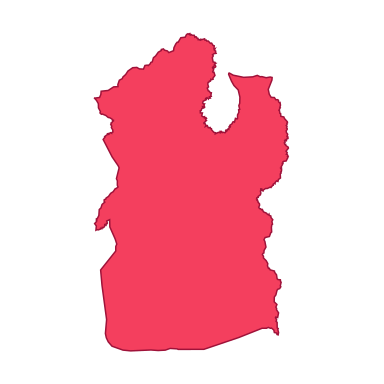 the district of Kranuan, Khon Kaen, Thailand, rotated 353°
{"feature_id": "78962969B2173089266466", "entity_name": "Kranuan", "entity_type": "district", "adm_level": 2, "iso_a3": "THA", "parent_name": "Thailand", "parent_adm1": "Khon Kaen", "projection": "mercator", "projection_center": [103.114, 16.767], "detail": "fine", "context": "isolated", "style": "filled", "palette": "rose", "viewbox_px": 384, "rotation_deg": 353, "n_neighbors": 0, "source": "geoboundaries", "source_scale": "gbopen_adm2", "svg_char_len": 6009}
<svg xmlns="http://www.w3.org/2000/svg" viewBox="0 0 384 384"><g transform="rotate(353 192 192)"><path d="M261.7,327.0L263.2,322.5L261.5,319.1L261.8,317.9L261.2,316.5L262.6,314.0L260.2,311.0L260.9,306.3L262.7,304.4L264.4,299.9L265.5,298.9L267.2,298.6L268.6,296.9L268.2,295.9L269.5,292.4L269.0,292.0L269.0,289.9L266.7,289.4L265.9,288.5L265.8,284.5L264.2,281.7L264.2,280.5L260.1,278.8L259.4,277.1L258.6,277.2L257.9,274.5L258.5,272.3L257.3,269.3L254.9,266.2L255.1,264.5L254.2,262.8L254.9,261.6L255.9,261.3L256.4,258.8L258.7,255.7L258.3,249.9L257.6,248.2L259.0,246.1L263.4,245.6L265.1,242.2L266.2,241.4L266.5,236.8L267.2,234.3L268.0,233.8L267.7,231.0L268.8,229.4L267.3,227.0L267.3,225.4L265.8,224.6L265.7,223.4L265.2,223.9L264.2,223.4L263.4,222.1L260.5,220.4L259.7,217.9L258.8,218.1L258.1,217.0L257.0,216.7L256.4,215.3L257.5,213.3L257.5,211.9L256.3,210.1L256.4,209.1L255.5,208.2L255.9,207.3L255.2,206.8L255.7,205.6L257.1,205.4L257.0,204.5L259.5,203.2L260.2,201.5L260.0,199.4L260.5,199.0L260.6,197.3L261.6,197.4L262.0,199.3L262.7,199.6L263.0,198.2L263.1,198.7L265.4,197.5L267.2,197.7L270.2,196.7L270.9,197.2L273.1,195.0L273.5,195.1L273.7,194.0L274.9,193.5L275.4,193.9L275.7,192.7L277.2,191.3L278.6,192.0L279.3,190.1L281.5,188.9L281.8,184.8L282.7,184.1L282.5,183.0L283.1,182.8L283.7,180.8L282.9,179.2L283.8,179.1L283.6,177.9L285.3,175.6L285.1,174.6L285.8,174.6L285.9,173.2L286.9,172.7L289.2,172.7L291.4,169.4L291.1,168.5L291.8,168.3L291.1,166.3L290.3,166.1L291.3,164.6L290.3,162.9L293.0,160.3L293.0,159.3L290.7,157.2L290.8,156.2L290.0,156.1L289.6,154.5L290.4,154.1L290.2,152.5L291.3,152.6L291.2,151.9L292.0,152.4L292.3,151.0L293.8,150.6L293.9,149.0L293.0,148.7L294.0,146.3L293.0,144.6L292.9,142.8L294.1,141.5L294.2,140.6L293.6,140.1L294.3,138.4L293.6,137.6L294.6,136.4L294.5,135.3L295.2,135.0L295.2,133.9L292.7,130.3L292.3,128.7L289.4,127.7L289.5,124.9L288.8,124.6L288.7,121.6L288.3,121.4L289.8,119.2L289.4,119.0L290.4,116.6L290.3,114.0L289.8,114.2L288.9,113.0L289.0,111.5L288.3,110.8L286.4,110.6L285.3,108.3L282.1,107.7L280.6,104.4L280.2,99.4L285.0,90.6L285.5,88.1L283.6,87.4L279.5,87.6L275.5,86.0L273.7,85.9L271.0,84.2L266.3,85.1L257.3,84.5L247.2,81.1L243.6,78.5L243.0,78.6L242.7,79.7L244.7,86.8L246.6,91.4L250.3,96.3L251.1,103.7L250.2,109.7L249.0,112.0L249.4,115.8L248.3,116.0L248.3,118.5L246.6,121.0L246.1,124.7L245.5,125.0L244.1,124.2L242.7,127.8L242.1,127.3L241.0,127.5L240.0,129.2L237.7,130.4L238.0,131.5L237.0,131.6L237.5,132.5L236.2,133.1L236.1,134.4L235.1,134.0L233.9,135.8L233.5,135.6L233.9,134.7L233.3,134.6L232.8,135.4L233.4,135.9L232.0,137.2L229.9,136.4L229.3,136.7L228.6,135.6L227.7,136.6L227.3,135.9L227.8,135.4L227.3,135.2L226.7,136.4L225.4,136.0L222.2,137.1L222.5,136.0L220.9,135.4L219.0,132.6L219.0,131.5L218.0,131.2L217.9,130.2L216.0,130.2L215.3,128.0L213.3,128.6L214.0,127.4L213.2,125.5L212.3,125.5L212.2,124.9L215.0,122.8L214.4,122.4L214.5,121.4L215.4,120.8L214.9,119.9L213.4,120.0L213.6,118.7L212.3,118.8L210.9,117.6L212.0,114.8L209.9,114.5L210.1,112.3L211.0,112.3L211.9,110.4L212.8,110.1L212.8,108.5L213.8,108.9L214.1,109.9L214.9,109.4L214.5,107.0L215.2,106.1L213.9,105.8L213.4,105.0L214.2,103.2L217.3,102.2L217.6,101.3L216.8,101.2L216.9,100.8L218.4,100.2L219.6,101.7L219.9,101.0L221.6,101.0L221.0,99.6L222.8,99.4L222.5,98.4L223.3,95.9L222.2,95.6L221.4,94.0L220.5,93.6L219.8,90.7L221.2,89.7L220.8,86.9L221.3,85.2L222.1,85.1L222.8,84.0L223.8,84.2L224.5,82.4L225.2,82.9L226.7,82.6L226.6,81.6L229.0,79.1L228.4,75.8L227.5,75.8L227.2,75.1L228.4,73.3L227.5,71.1L228.4,70.1L229.2,71.5L230.6,70.8L230.9,70.1L230.4,69.0L229.8,69.1L229.8,68.0L231.2,67.2L230.6,67.0L230.7,66.2L228.8,65.5L228.5,61.1L229.7,59.5L229.1,58.3L230.6,57.4L232.8,57.3L232.3,55.9L232.7,55.1L231.5,53.9L232.2,52.8L231.6,53.1L231.2,52.7L231.9,49.6L230.7,49.0L229.6,46.6L228.4,46.7L226.5,44.1L225.0,43.9L224.7,43.0L223.4,42.9L223.2,41.5L219.9,42.0L219.5,41.5L219.0,42.3L218.1,41.8L218.3,42.4L217.6,41.5L216.7,41.6L216.6,40.2L215.6,39.8L215.3,38.7L214.7,38.3L213.7,38.7L213.3,36.7L211.5,36.5L210.2,35.5L210.1,36.0L209.4,36.0L208.6,35.3L208.8,34.6L207.9,34.9L207.3,34.4L205.8,35.0L204.1,37.5L199.7,37.5L196.5,41.7L195.6,41.5L194.0,43.0L191.7,46.5L190.9,49.5L186.0,50.8L184.8,49.0L182.0,47.9L181.1,46.5L178.9,46.8L178.8,47.8L175.6,49.1L172.4,52.6L170.1,54.0L168.4,58.0L166.9,58.4L166.2,59.6L163.9,61.2L163.1,60.6L160.7,60.7L158.8,64.1L154.8,63.4L152.4,61.6L148.3,61.4L143.2,64.1L140.5,67.3L137.5,69.4L136.6,71.0L133.5,72.2L131.5,76.3L131.4,78.4L127.0,78.1L121.2,81.0L114.1,80.9L113.4,84.1L111.8,86.9L107.0,87.0L106.3,86.5L108.4,89.5L109.8,92.9L109.4,97.1L110.9,101.0L110.3,102.3L111.5,103.8L112.5,103.7L115.9,105.6L117.9,107.8L119.5,108.3L121.5,109.9L121.6,110.7L122.8,111.2L122.7,111.9L121.9,111.9L121.0,113.4L120.0,113.7L120.0,114.9L119.6,115.2L120.4,116.8L119.8,118.2L120.9,120.7L120.8,122.8L119.5,123.3L119.4,123.9L118.4,123.2L117.2,123.7L116.5,124.7L115.6,124.6L115.7,123.8L115.1,123.9L114.9,124.7L112.1,126.3L112.4,126.8L110.2,129.0L117.0,147.4L121.9,156.9L122.6,159.1L118.6,169.6L119.3,171.7L118.7,176.2L119.2,178.0L117.0,179.4L116.3,179.3L113.8,182.1L111.1,183.4L108.6,186.2L106.0,187.5L105.5,188.6L104.0,188.9L103.6,190.4L104.2,191.4L101.2,193.4L99.7,196.7L97.8,198.1L96.7,203.9L95.0,206.5L93.8,207.1L94.2,208.1L93.6,208.3L93.7,209.6L91.5,211.5L92.9,214.0L92.0,218.2L93.1,217.8L94.3,218.2L96.8,217.6L96.9,216.9L98.2,217.4L98.6,216.2L99.7,216.6L101.0,215.6L101.4,213.8L102.6,214.5L103.0,213.0L103.8,213.1L104.2,212.5L103.8,210.4L106.9,209.4L106.2,216.7L110.0,229.2L111.0,234.5L109.7,236.8L109.1,241.3L91.8,258.3L91.3,273.8L91.7,308.2L88.8,321.9L89.2,326.3L90.6,330.5L93.8,335.3L104.2,340.5L111.7,342.2L132.0,343.8L139.0,345.2L146.2,345.7L151.2,344.6L158.2,345.9L159.0,346.5L184.6,349.6L220.8,342.1L244.9,335.8L249.3,336.3L251.2,335.7L253.2,336.8L254.4,336.8L256.4,339.0L256.6,341.5L258.9,342.3L259.0,343.8L260.1,344.3L260.8,342.0L260.4,339.0L260.9,338.0L260.0,337.3L260.6,331.7L259.7,330.7L260.4,329.1L259.5,327.0L259.9,326.5L260.2,327.2L261.1,326.6L261.7,327.0Z" fill="#f43f5e" stroke="#9f1239" stroke-width="1.5"/></g></svg>